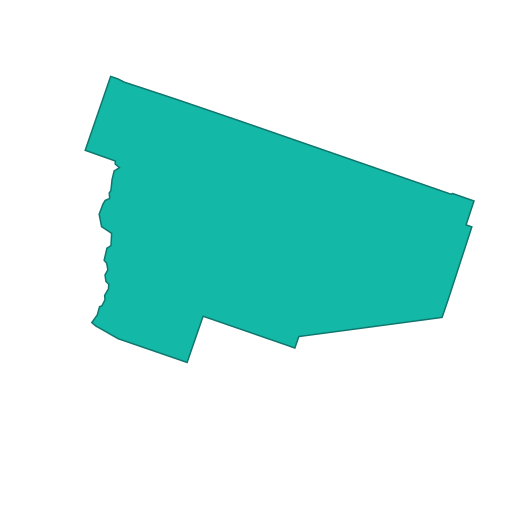 the district of Sierra, New Mexico, United States of America, rotated 19°
{"feature_id": "52423323B62367348264258", "entity_name": "Sierra", "entity_type": "district", "adm_level": 2, "iso_a3": "USA", "parent_name": "United States of America", "parent_adm1": "New Mexico", "projection": "mercator", "projection_center": [-107.514, 33.043], "detail": "fine", "context": "isolated", "style": "filled", "palette": "teal", "viewbox_px": 512, "rotation_deg": 19, "n_neighbors": 0, "source": "geoboundaries", "source_scale": "gbopen_adm2", "svg_char_len": 754}
<svg xmlns="http://www.w3.org/2000/svg" viewBox="0 0 512 512"><g transform="rotate(19 256 256)"><path d="M60.1,211.7L92.1,212.0L92.9,214.9L98.1,216.9L94.2,221.8L95.0,230.5L97.5,241.4L96.7,244.1L98.9,249.3L95.3,252.5L94.4,256.8L94.1,267.6L100.4,278.5L112.1,281.6L115.5,293.4L112.5,297.2L113.8,309.5L117.3,311.6L120.4,317.4L119.4,323.1L122.4,328.9L126.0,330.7L127.2,335.0L125.7,342.5L127.5,346.6L126.5,353.3L124.6,354.8L125.1,363.5L122.4,372.4L127.1,374.3L152.7,379.1L225.5,379.1L225.6,330.2L235.0,330.2L310.9,330.3L322.7,330.4L322.7,318.2L451.9,253.5L451.9,235.7L450.6,158.2L444.5,158.2L444.2,133.0L421.5,132.9L420.3,134.1L201.2,133.6L128.1,133.8L74.7,134.5L67.9,133.5L60.1,133.5L60.1,211.7Z" fill="#14b8a6" stroke="#0f766e" stroke-width="1.5"/></g></svg>